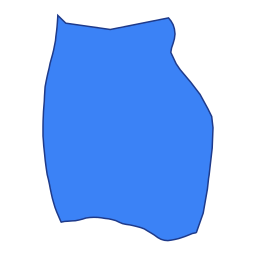 the district of Ataq, Shabwah, Yemen
{"feature_id": "15242507B5283160302008", "entity_name": "Ataq", "entity_type": "district", "adm_level": 2, "iso_a3": "YEM", "parent_name": "Yemen", "parent_adm1": "Shabwah", "projection": "equal_earth", "projection_center": [46.809, 14.569], "detail": "fine", "context": "isolated", "style": "filled", "palette": "blue", "viewbox_px": 256, "rotation_deg": 0, "n_neighbors": 0, "source": "geoboundaries", "source_scale": "gbopen_adm2", "svg_char_len": 1393}
<svg xmlns="http://www.w3.org/2000/svg" viewBox="0 0 256 256"><path d="M196.3,232.7L203.2,213.1L207.4,189.1L208.6,178.2L209.1,175.2L212.0,149.8L212.2,148.0L213.0,127.8L211.7,116.5L207.9,108.8L200.1,94.5L190.7,82.2L180.1,69.6L176.1,63.7L170.8,52.4L171.6,47.8L173.1,43.4L174.4,38.7L175.0,34.0L174.4,28.9L173.1,24.7L171.0,21.0L168.5,17.9L110.3,29.5L68.8,23.6L65.8,23.2L57.8,15.4L57.7,17.7L57.4,22.2L57.0,27.2L56.5,31.8L55.9,36.3L55.5,40.4L55.4,41.1L54.5,45.6L53.6,50.2L52.5,54.6L51.3,58.9L50.1,63.3L49.2,67.8L48.0,72.7L47.0,77.1L46.1,81.5L45.1,86.8L44.8,91.4L44.5,96.2L44.3,101.1L43.9,106.1L43.5,111.2L43.3,116.0L43.1,120.7L43.0,125.9L43.0,130.9L43.0,136.1L43.4,141.0L43.7,145.6L44.2,150.3L44.7,155.1L45.2,160.2L45.8,165.0L46.5,170.0L47.2,174.6L48.4,179.4L49.4,184.0L50.3,188.8L51.3,193.6L52.4,198.4L53.7,203.0L55.0,207.4L56.7,211.9L58.5,216.1L60.4,220.5L61.2,222.1L64.7,221.4L68.2,221.2L71.7,220.9L75.4,220.7L78.9,220.0L82.5,219.1L86.0,218.0L89.8,217.5L93.8,217.3L97.7,217.4L101.4,217.8L104.9,218.4L108.6,218.8L112.2,219.6L115.8,220.6L119.2,222.2L122.5,223.6L126.2,224.4L129.9,224.9L133.5,225.7L137.1,226.6L140.8,227.6L144.3,228.9L147.7,231.0L151.1,233.0L154.3,235.0L157.7,237.5L161.0,239.3L164.5,240.3L167.9,240.6L171.4,240.1L175.1,239.4L178.5,238.6L181.9,237.5L185.4,236.3L188.9,234.9L192.3,233.5L195.7,232.8L196.3,232.6L196.3,232.7Z" fill="#3b82f6" stroke="#1e3a8a" stroke-width="1.5"/></svg>